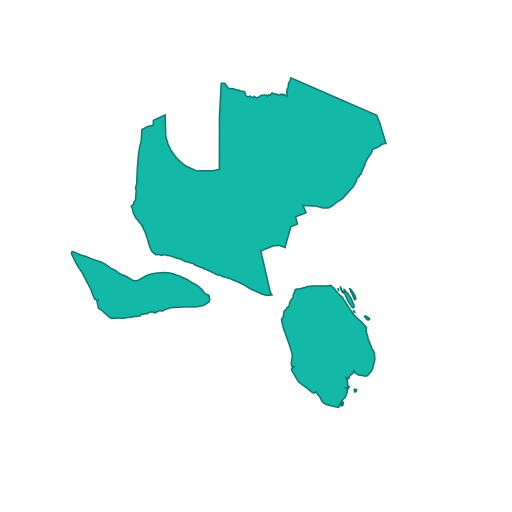 Bengkalis, Riau, Indonesia, rotated 156°
{"feature_id": "22746128B45456061674897", "entity_name": "Bengkalis", "entity_type": "district", "adm_level": 2, "iso_a3": "IDN", "parent_name": "Indonesia", "parent_adm1": "Riau", "projection": "equal_earth", "projection_center": [102.003, 1.525], "detail": "fine", "context": "isolated", "style": "filled", "palette": "teal", "viewbox_px": 512, "rotation_deg": 156, "n_neighbors": 0, "source": "geoboundaries", "source_scale": "gbopen_adm2", "svg_char_len": 6116}
<svg xmlns="http://www.w3.org/2000/svg" viewBox="0 0 512 512"><g transform="rotate(156 256 256)"><path d="M350.0,351.9L349.5,350.6L350.5,346.0L350.4,340.1L348.1,331.6L347.8,329.4L347.4,329.6L347.8,327.3L347.6,322.1L348.5,313.2L349.0,311.5L349.4,303.2L348.1,299.7L347.2,298.4L347.2,298.0L344.4,297.0L342.0,294.9L340.4,294.8L338.5,294.1L336.9,292.5L334.6,291.4L332.6,289.3L331.6,288.7L329.5,286.3L327.7,285.2L326.0,283.5L324.6,282.1L323.4,280.1L320.0,277.6L319.1,276.6L316.6,275.1L316.1,274.4L316.3,274.2L315.9,273.2L315.0,272.0L312.0,269.2L311.2,268.1L309.5,266.8L309.0,265.8L306.5,263.5L305.6,262.1L304.2,261.0L303.3,259.5L302.5,258.9L299.5,254.9L296.6,252.9L295.2,251.2L293.9,250.2L293.8,249.8L292.3,249.0L291.4,248.1L291.1,247.4L288.5,245.6L287.6,244.3L283.7,240.4L278.9,234.7L274.4,228.2L265.8,218.5L263.8,216.8L260.7,215.0L257.2,213.9L257.7,217.1L249.5,258.7L236.0,258.2L230.4,256.2L225.9,251.8L225.3,252.9L212.3,268.5L205.1,268.4L203.9,275.7L192.6,275.2L192.5,283.0L180.7,277.1L175.3,272.6L170.2,270.4L165.6,270.8L160.3,272.3L154.0,273.1L140.8,278.9L138.6,280.0L134.9,282.7L132.5,285.2L131.8,286.4L130.7,286.4L129.0,287.0L128.3,288.0L126.9,287.9L126.3,288.9L125.1,289.8L124.5,290.8L123.1,291.7L121.0,293.8L119.6,294.6L118.6,296.4L114.8,299.5L108.7,303.2L106.4,305.4L105.1,306.0L101.7,305.8L97.3,306.2L96.6,306.7L93.0,306.5L91.5,305.9L88.9,326.2L88.4,335.3L151.7,404.6L152.6,403.7L153.1,402.7L156.1,400.5L158.2,396.8L159.4,396.0L161.1,393.9L161.9,391.1L162.8,389.3L163.2,389.9L164.0,390.2L164.1,391.4L164.6,392.3L165.7,391.9L166.1,393.0L167.7,393.7L168.7,393.2L170.0,394.5L171.1,394.6L172.2,396.4L173.3,396.5L175.0,398.5L177.4,397.2L177.9,397.2L179.0,398.2L180.5,397.3L180.9,398.7L181.9,399.0L182.8,399.7L186.6,400.7L188.1,399.9L189.7,400.3L191.3,400.0L192.6,402.6L194.9,402.0L196.3,404.5L198.5,404.7L199.7,405.6L200.2,407.1L199.6,410.4L199.7,410.9L203.6,413.5L204.3,414.8L205.4,415.1L206.8,416.2L208.6,418.1L212.0,419.7L213.0,420.5L213.4,421.3L213.9,425.1L214.4,426.5L217.5,428.0L232.9,397.8L254.2,350.1L260.3,351.3L275.9,358.1L283.7,367.0L286.5,372.3L288.7,377.9L290.7,387.0L290.9,394.2L289.6,402.5L281.6,421.8L294.6,421.7L296.2,418.2L296.8,417.4L297.4,417.3L302.3,418.4L308.9,417.9L314.0,407.9L317.9,403.0L322.5,395.8L328.7,384.5L335.6,370.6L338.3,367.2L338.9,364.3L343.6,355.8L345.9,354.8L346.6,353.1L347.6,353.0L350.0,351.9ZM242.2,84.1L241.9,84.6L241.5,84.5L240.3,86.1L239.6,86.3L237.8,87.9L234.8,89.6L232.9,90.2L231.3,91.2L228.0,94.4L227.4,95.4L227.5,95.9L226.8,98.3L227.3,98.9L226.3,98.7L224.7,100.1L224.4,101.6L224.5,102.0L224.1,102.3L223.3,104.7L223.4,105.1L222.8,106.2L223.7,108.5L223.4,108.8L222.7,107.4L222.2,107.0L221.2,107.4L221.1,106.4L219.0,108.4L215.1,109.4L213.0,111.7L212.8,111.3L213.2,110.4L213.2,109.6L212.6,108.2L210.9,105.7L206.5,102.9L206.0,102.3L204.3,101.5L202.9,101.4L198.7,103.2L196.6,104.5L194.8,106.2L189.9,112.5L189.0,114.1L188.6,116.1L187.4,118.4L187.2,121.2L187.8,124.2L187.5,127.5L187.4,134.3L186.4,138.1L186.5,139.6L185.9,142.5L185.0,144.8L184.2,145.5L184.4,146.7L186.1,152.0L188.6,157.4L190.4,162.5L191.8,168.9L193.9,183.1L196.3,188.5L197.7,194.5L199.2,197.4L199.2,198.3L199.5,198.6L204.7,200.3L209.7,202.7L211.5,203.2L214.4,204.8L218.3,206.2L221.8,207.3L225.1,207.4L225.6,207.7L229.0,208.0L232.4,209.3L233.7,209.3L238.0,205.1L239.1,202.9L240.4,202.4L240.9,201.8L241.9,201.7L242.9,200.5L243.8,200.1L245.3,198.2L245.8,197.1L247.4,196.0L248.3,196.5L251.0,194.5L252.1,194.5L253.0,194.0L254.9,191.0L254.9,190.4L255.2,190.4L255.6,189.5L258.4,188.0L259.7,183.0L260.4,178.0L261.9,158.3L263.0,151.4L263.3,150.2L267.5,143.5L268.2,141.0L268.0,139.8L266.3,139.9L266.1,139.5L269.0,138.6L269.8,137.9L269.9,137.2L268.6,125.5L268.0,123.1L266.6,120.4L263.1,114.3L260.1,108.4L258.6,107.0L257.5,107.7L256.2,107.1L256.6,106.8L254.9,100.7L255.0,97.2L254.0,94.1L252.5,92.1L249.3,89.3L242.2,84.1ZM322.1,232.3L317.7,233.1L315.8,235.2L315.7,236.7L315.1,238.4L315.1,239.2L315.8,240.5L316.9,240.9L317.7,242.2L319.4,248.3L322.2,253.8L325.7,258.3L328.6,262.7L334.2,269.0L337.5,271.8L338.3,273.0L342.7,276.2L346.5,278.2L354.6,281.1L360.3,282.4L364.2,282.7L373.6,281.7L376.3,282.4L377.9,283.4L379.0,284.4L380.6,287.1L383.6,291.1L387.5,295.0L390.6,300.3L393.6,303.8L396.9,309.5L400.1,313.8L405.5,318.4L411.5,324.7L416.1,328.6L421.0,334.1L421.7,334.2L422.1,334.7L422.8,334.6L423.6,333.4L423.4,323.8L422.8,318.4L421.6,311.3L421.1,301.4L420.7,298.5L420.6,293.4L420.4,292.9L421.0,284.6L420.9,282.8L420.6,282.0L420.2,282.1L420.0,281.1L419.0,280.3L417.5,280.0L419.6,279.5L421.2,272.4L419.0,269.0L415.0,260.0L413.7,258.0L410.4,256.5L406.0,254.9L402.3,253.0L395.3,251.2L393.9,250.5L392.4,250.4L389.5,249.3L387.9,249.1L387.0,248.4L385.7,248.6L385.1,249.3L383.8,249.3L382.7,248.7L381.2,248.6L379.4,247.6L375.4,247.9L372.5,246.4L372.2,245.7L371.7,245.9L371.2,245.0L370.5,245.3L367.0,245.3L365.3,245.0L365.1,244.5L364.9,244.7L364.1,243.8L361.1,244.1L354.8,243.4L342.6,238.8L331.0,233.7L325.3,232.4L322.1,232.3ZM189.3,188.6L189.8,188.4L190.2,187.0L190.4,178.1L189.3,171.3L188.8,169.5L188.2,169.1L187.4,169.3L186.7,170.4L186.5,171.1L186.4,178.7L187.2,183.8L188.6,187.4L188.7,189.3L189.1,189.6L189.3,188.6ZM183.7,187.9L183.9,184.8L183.6,181.8L183.9,176.7L183.6,175.9L183.0,175.8L182.0,176.6L181.9,177.3L181.8,181.2L182.7,186.1L183.3,187.6L183.7,187.9ZM179.6,151.8L178.0,151.9L177.9,153.1L179.5,155.8L180.6,156.9L181.4,156.7L180.9,153.8L179.6,151.8ZM221.0,92.9L221.0,91.5L220.4,91.3L219.7,91.5L218.4,93.0L219.1,93.2L220.0,94.3L220.8,93.8L221.0,92.9ZM237.8,86.9L238.1,85.5L238.3,85.1L238.7,84.8L239.1,84.7L238.8,84.2L238.2,84.0L237.1,84.6L235.8,86.3L235.8,86.9L237.0,87.2L237.8,86.9ZM191.8,192.8L192.1,190.6L191.8,187.5L191.3,186.8L191.0,187.3L191.6,189.8L191.3,192.6L191.5,193.2L191.8,192.8ZM237.8,86.9L238.5,86.9L239.3,86.1L239.5,85.4L239.2,84.8L238.2,85.3L237.8,86.9ZM189.3,166.9L189.0,164.8L188.6,164.6L188.7,165.8L189.3,166.9ZM224.4,99.9L226.1,98.1L226.1,97.7L224.8,98.8L224.4,99.9ZM194.4,192.6L194.7,191.2L194.7,190.3L194.1,192.4L194.4,192.6ZM224.9,98.4L225.6,97.9L225.6,97.4L224.3,98.4L224.9,98.4ZM236.2,88.6L236.8,88.4L237.7,87.9L236.7,87.8L236.2,88.6Z" fill="#14b8a6" stroke="#0f766e" stroke-width="1.5"/></g></svg>